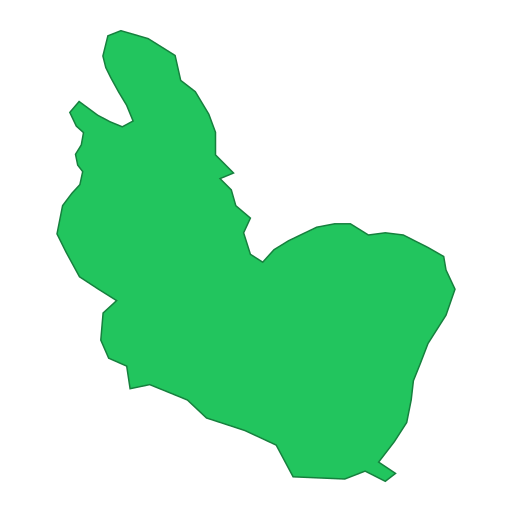 the district of Petra, Cyprus
{"feature_id": "46923920B47303866383678", "entity_name": "Petra", "entity_type": "district", "adm_level": 2, "iso_a3": "CYP", "parent_name": "Cyprus", "parent_adm1": "", "projection": "orthographic", "projection_center": [32.906, 35.122], "detail": "fine", "context": "isolated", "style": "filled", "palette": "green", "viewbox_px": 512, "rotation_deg": 0, "n_neighbors": 0, "source": "geoboundaries", "source_scale": "gbopen_adm2", "svg_char_len": 1053}
<svg xmlns="http://www.w3.org/2000/svg" viewBox="0 0 512 512"><path d="M62.6,205.6L57.0,233.9L66.0,252.0L79.5,276.8L98.6,289.3L116.6,300.6L103.1,313.0L100.8,340.1L108.7,358.2L126.7,366.1L130.1,388.7L149.7,384.6L187.4,400.0L206.5,418.0L244.8,430.5L276.2,445.1L293.1,476.8L344.8,479.0L365.1,471.1L385.3,481.3L395.5,473.4L378.6,462.1L394.3,441.7L406.7,422.5L411.2,399.9L413.4,380.7L420.2,363.8L428.0,343.5L446.0,315.2L455.0,289.2L446.0,270.0L443.7,256.5L428.0,247.5L414.5,240.7L403.3,235.0L385.3,232.8L368.4,235.0L350.4,223.8L334.7,223.8L316.7,227.2L288.6,240.7L274.0,249.7L262.7,262.2L250.4,254.3L243.6,232.8L250.4,218.1L235.8,205.7L231.3,189.9L220.0,178.6L233.5,173.0L215.5,154.9L215.5,132.3L208.8,114.2L195.3,91.7L180.7,80.4L175.1,55.5L148.1,38.6L120.9,30.7L107.9,35.8L102.9,56.0L105.8,67.6L110.8,77.7L118.7,92.1L126.6,105.2L133.1,121.0L122.3,126.8L110.1,121.8L97.8,115.3L79.1,101.5L69.8,112.4L76.3,126.1L83.5,132.6L81.3,144.9L75.5,154.3L77.7,165.1L82.7,171.6L79.9,184.6L71.9,193.3L62.6,205.6Z" fill="#22c55e" stroke="#15803d" stroke-width="1.5"/></svg>